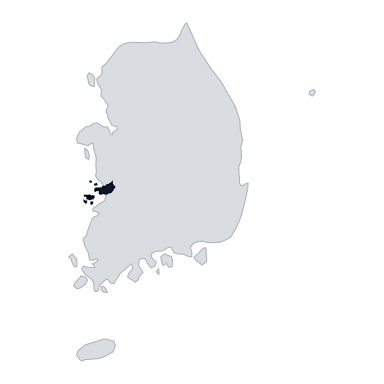 location of Gunsan-si, North Jeolla, South Korea
{"feature_id": "91817680B51344731064077", "entity_name": "Gunsan-si", "entity_type": "district", "adm_level": 2, "iso_a3": "KOR", "parent_name": "South Korea", "parent_adm1": "North Jeolla", "projection": "natural_earth1", "projection_center": [126.551, 35.9], "detail": "fine", "context": "in_parent", "style": "filled", "palette": "ink", "viewbox_px": 384, "rotation_deg": 0, "n_neighbors": 0, "source": "geoboundaries", "source_scale": "gbopen_adm2", "svg_char_len": 4967}
<svg xmlns="http://www.w3.org/2000/svg" viewBox="0 0 384 384"><path d="M100.3,75.4L101.8,74.2L101.9,72.5L101.9,66.9L106.3,63.1L112.5,55.2L115.5,50.9L119.0,46.8L123.0,44.1L127.0,42.9L133.2,42.3L145.1,42.8L147.4,42.4L155.7,41.9L157.6,42.7L163.6,43.1L170.3,42.6L173.7,41.4L176.8,39.5L179.4,35.9L182.2,29.2L185.2,24.0L186.9,23.0L199.3,50.8L211.1,68.8L221.1,81.8L235.5,106.9L239.8,120.3L240.3,128.7L242.7,140.1L240.8,146.7L241.5,157.0L240.6,162.3L238.9,166.2L238.9,173.7L239.5,177.7L239.6,183.1L240.7,185.2L242.4,185.9L245.0,184.0L248.1,183.2L247.6,189.6L243.9,205.8L240.7,217.6L236.2,227.9L230.5,237.3L223.6,241.0L218.8,242.4L209.4,242.8L201.7,241.2L195.1,242.4L192.4,244.4L190.4,247.7L191.9,252.9L191.8,256.8L188.9,256.5L183.3,254.2L177.0,253.9L174.1,252.8L171.1,247.3L168.1,247.5L162.9,250.8L154.9,251.5L152.1,253.3L151.1,255.6L152.3,258.5L156.3,262.3L155.0,266.1L150.8,268.0L147.4,263.3L145.3,258.7L142.9,258.4L139.2,259.7L138.5,264.7L140.2,268.1L143.1,272.1L139.1,276.6L138.1,279.8L135.3,282.2L127.6,277.0L128.7,273.3L132.0,269.8L132.4,266.1L131.3,264.0L120.4,273.2L113.7,283.7L110.1,282.9L108.6,280.2L106.4,279.1L99.2,285.9L97.8,291.3L95.1,291.5L94.0,289.2L93.9,284.4L92.6,280.3L85.1,274.3L81.6,269.1L83.5,266.2L89.8,267.7L94.8,267.5L93.8,265.1L92.2,263.9L95.5,262.5L98.3,259.6L96.0,258.9L92.5,260.5L89.5,259.7L88.4,252.9L84.8,245.9L83.0,239.1L86.5,235.2L88.3,229.1L91.6,220.3L93.2,217.4L97.7,215.4L99.3,213.1L96.8,211.9L92.9,210.9L93.0,208.3L95.7,206.9L98.7,204.1L104.5,200.7L106.3,194.3L104.6,192.7L101.0,191.2L101.8,187.9L103.3,185.4L102.7,184.0L98.4,179.8L95.6,176.0L96.4,171.6L95.8,165.1L96.2,159.5L96.0,156.6L93.9,149.8L93.0,143.1L90.2,144.1L88.0,145.7L80.1,143.4L77.6,143.2L76.5,138.2L79.4,132.1L86.1,126.6L90.0,126.0L92.9,123.6L97.5,122.8L102.9,126.5L107.8,127.2L110.6,133.6L112.2,135.0L112.6,132.6L116.5,129.9L117.5,127.8L116.6,126.7L112.1,125.5L108.0,117.6L107.4,114.2L105.9,112.0L108.1,105.7L103.4,98.5L101.1,96.2L101.4,89.7L99.0,85.6L97.6,83.3L96.7,79.4L97.5,77.7L99.6,77.0L100.3,75.4ZM84.7,359.6L82.5,361.0L80.3,360.1L79.8,359.5L77.2,355.9L76.6,354.1L78.3,350.6L85.3,344.8L103.5,339.2L106.7,339.0L113.9,341.4L115.4,345.8L114.1,349.7L112.5,352.2L104.2,356.6L97.7,358.7L84.7,359.6ZM206.8,261.3L202.1,265.1L195.6,259.9L194.1,257.1L198.9,252.9L203.0,248.1L205.8,247.8L206.8,261.3ZM172.7,260.8L172.1,266.9L168.6,267.2L166.4,263.3L164.2,265.2L163.0,265.2L161.2,260.3L160.9,256.5L165.1,253.6L167.6,255.4L171.3,256.3L172.7,260.8ZM80.1,288.0L76.8,288.9L75.0,286.8L73.7,286.2L74.5,283.4L79.7,277.8L80.8,275.9L85.7,277.1L87.5,280.0L85.2,284.5L80.1,288.0ZM94.6,78.2L94.4,86.4L91.6,86.0L89.7,85.2L88.9,83.6L87.1,76.0L89.2,72.8L93.3,75.3L94.6,78.2ZM77.0,265.5L76.3,267.0L74.1,266.5L71.9,262.2L70.9,258.8L68.7,257.0L72.3,254.0L76.8,259.3L77.0,265.5ZM89.4,155.6L88.7,159.7L85.4,157.0L84.5,148.2L87.9,150.7L89.4,155.6ZM314.5,94.2L312.2,96.1L309.5,94.2L309.1,92.3L310.5,90.6L313.8,89.6L315.3,91.0L314.5,94.2ZM106.4,289.6L107.2,292.6L103.1,292.0L100.9,289.2L101.2,286.7L103.7,286.4L106.4,289.6ZM159.2,272.7L158.7,274.6L156.1,271.7L158.6,268.5L159.2,272.7Z" fill="#d9dde1" stroke="#a8b0b8" stroke-width="1"/><path d="M112.1,182.2L111.5,182.9L111.0,183.4L110.4,183.5L109.8,183.7L109.6,184.3L109.1,184.8L108.3,184.7L107.4,184.8L107.0,185.1L106.5,185.3L106.1,185.8L105.8,186.3L105.2,186.8L104.6,186.7L104.1,186.6L103.2,186.5L102.8,187.1L102.3,187.7L101.7,188.1L100.1,188.2L98.0,188.2L97.2,188.2L96.2,188.3L95.6,188.5L95.1,188.9L95.1,189.7L95.0,190.8L95.3,191.1L95.7,190.6L96.4,190.5L98.5,190.0L99.3,190.0L99.4,190.5L99.6,192.4L99.5,193.4L100.0,193.9L101.0,193.9L101.6,193.9L102.1,193.7L102.7,193.2L103.4,193.2L104.0,193.4L104.6,193.7L105.4,193.8L106.3,193.9L107.1,193.7L107.7,193.3L108.0,192.8L108.6,192.6L109.9,192.6L110.3,192.4L111.2,192.0L111.4,191.4L112.3,190.6L112.8,189.9L113.2,188.6L114.0,187.9L114.6,187.1L114.3,186.5L113.7,186.1L113.3,185.6L112.9,185.0L112.1,183.9L112.1,182.2ZM89.5,197.2L88.8,197.3L88.1,197.7L87.1,197.7L87.1,198.7L87.5,198.8L88.2,198.6L89.1,199.3L89.8,199.5L90.7,199.2L92.0,198.6L93.0,198.6L92.9,198.0L92.2,197.9L91.5,197.2L90.7,197.9L90.0,198.1L89.5,197.2ZM90.0,195.2L86.8,195.6L86.0,195.4L84.6,195.4L84.8,196.0L86.4,196.1L86.8,196.3L87.2,196.4L87.9,196.3L88.4,195.7L89.0,195.6L89.3,196.0L90.1,196.3L90.7,196.1L90.4,195.9L90.0,195.2ZM91.7,203.9L92.0,203.8L92.1,203.3L92.4,203.1L92.4,202.8L92.5,202.3L91.2,202.2L91.1,202.6L91.1,202.9L91.1,203.6L91.2,203.9L91.7,203.9ZM85.1,201.2L84.7,201.1L84.2,200.7L84.3,201.5L85.0,202.1L85.3,202.2L85.5,202.4L85.8,202.3L85.6,201.5L85.9,201.5L86.0,202.0L86.1,202.4L86.3,202.0L86.2,201.8L86.2,201.5L86.3,201.3L85.7,201.3L85.1,201.2ZM93.9,196.7L93.9,196.2L93.1,196.1L92.4,195.9L92.3,196.4L92.8,196.5L93.0,196.9L93.2,197.1L93.9,197.1L93.9,196.7ZM95.9,184.7L96.7,184.6L96.5,184.0L96.3,183.8L96.0,184.2L95.4,184.2L94.8,184.3L94.8,184.7L95.3,184.7L95.9,184.7ZM91.1,181.9L91.1,181.5L90.8,181.2L90.2,181.2L90.1,181.5L90.4,181.7L90.5,181.9L90.9,182.1L91.1,181.9Z" fill="#0f172a" stroke="#020617" stroke-width="1.5"/></svg>